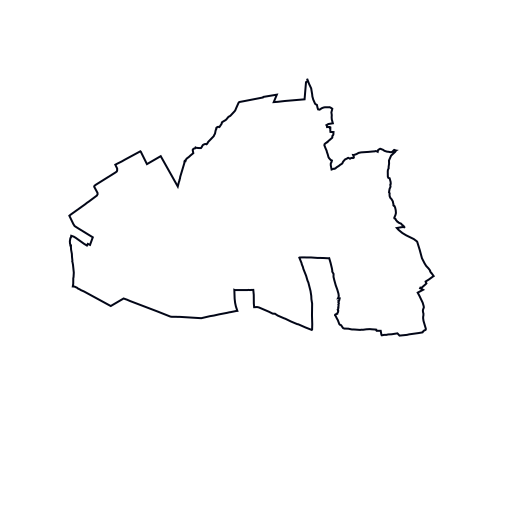 outline of Vanju Mare, Mehedinti, Romania, rotated 60°
{"feature_id": "2599482B43944319734249", "entity_name": "Vanju Mare", "entity_type": "district", "adm_level": 2, "iso_a3": "ROU", "parent_name": "Romania", "parent_adm1": "Mehedinti", "projection": "albers", "projection_center": [22.89, 44.417], "detail": "fine", "context": "isolated", "style": "outline", "palette": "ink", "viewbox_px": 512, "rotation_deg": 60, "n_neighbors": 0, "source": "geoboundaries", "source_scale": "gbopen_adm2", "svg_char_len": 6110}
<svg xmlns="http://www.w3.org/2000/svg" viewBox="0 0 512 512"><g transform="rotate(60 256 256)"><path d="M200.7,422.7L226.7,406.8L226.6,391.9L229.4,389.5L232.0,387.6L254.6,369.2L265.6,360.5L266.5,359.4L270.5,352.6L282.5,334.5L285.1,325.9L286.5,322.3L288.1,317.1L290.8,309.4L291.4,307.3L291.9,306.1L293.8,300.4L294.2,299.6L289.5,298.6L286.1,297.5L282.4,295.9L274.5,291.7L274.9,291.4L277.0,287.7L281.2,280.5L281.6,279.5L282.6,278.1L282.7,277.7L284.0,275.3L288.6,277.4L296.0,281.6L299.4,283.2L300.8,280.5L302.0,279.2L310.7,272.7L314.2,270.4L315.1,269.1L315.4,268.5L318.4,267.0L323.8,263.0L325.1,261.9L330.3,258.4L335.7,254.3L336.2,253.6L342.6,248.9L348.5,244.2L348.0,244.3L347.6,244.1L343.2,241.4L335.4,237.2L325.3,231.2L321.1,229.6L318.2,228.1L313.6,226.3L305.1,223.9L303.1,223.7L298.2,222.5L290.7,221.4L289.1,220.9L286.1,220.5L284.9,220.1L279.1,219.3L279.1,219.0L280.2,216.9L284.9,208.9L288.5,203.6L290.9,199.5L294.2,194.4L294.5,193.7L299.4,194.9L304.8,196.5L306.9,197.3L307.7,197.8L310.3,197.8L312.8,199.3L315.8,200.2L321.2,201.6L325.7,202.4L329.8,203.4L332.0,204.3L333.0,205.2L333.6,206.1L333.8,205.6L334.5,204.7L336.4,206.5L336.5,206.8L336.3,207.2L337.5,207.6L337.6,207.9L338.4,207.9L339.0,208.5L339.3,209.0L339.7,209.0L340.4,209.4L341.4,210.2L341.4,210.4L341.5,210.5L342.1,210.5L342.9,211.4L343.5,211.8L343.5,212.0L344.2,212.0L344.4,212.1L344.5,212.4L345.0,212.5L345.5,212.9L346.1,214.0L346.7,214.5L346.4,215.6L346.4,216.8L346.6,217.0L346.9,217.2L347.5,217.0L350.6,217.2L352.4,217.2L356.6,217.9L357.5,217.7L358.5,216.9L361.4,216.7L362.0,216.6L363.0,215.8L365.1,212.4L367.4,209.9L369.0,207.3L369.9,206.0L372.0,202.9L372.3,202.3L372.4,201.9L373.4,200.2L374.6,197.2L376.2,194.0L377.5,192.2L379.7,188.9L379.9,188.7L380.4,189.0L381.1,188.9L383.1,185.4L387.0,186.8L387.6,186.7L388.4,184.4L389.5,182.5L390.0,180.8L391.6,177.7L393.7,172.2L396.7,171.5L399.8,164.7L400.4,162.6L404.0,153.8L405.4,150.0L405.2,149.5L405.0,149.4L404.6,147.6L404.8,146.2L404.6,145.8L403.9,145.3L396.0,143.4L393.5,142.4L392.3,141.7L391.0,140.6L389.4,139.7L388.7,139.6L386.9,138.9L385.9,138.1L384.5,136.4L383.4,135.9L379.8,135.0L372.2,134.4L368.6,134.3L368.6,133.4L368.8,128.2L367.0,129.2L366.0,130.0L365.6,129.4L366.3,128.6L365.3,123.4L364.9,122.1L363.2,122.0L362.9,121.9L362.8,118.1L362.2,112.5L362.2,112.2L358.1,112.6L357.8,112.9L356.1,112.8L355.7,112.5L353.1,112.8L349.7,113.6L346.7,113.7L340.9,113.4L332.7,111.2L324.3,109.3L323.7,109.4L320.2,110.9L313.2,115.6L309.2,117.8L304.6,119.5L302.2,120.0L303.6,116.1L304.6,113.8L304.8,113.5L306.0,113.0L303.9,113.2L303.5,113.5L302.9,113.5L302.0,114.0L300.7,114.1L298.3,115.9L297.7,115.9L296.9,116.5L296.0,116.5L295.2,116.8L293.5,116.7L292.7,117.3L292.4,117.3L292.0,117.1L290.1,114.6L288.7,113.3L286.2,112.1L283.6,111.3L282.0,111.1L281.7,111.2L281.4,111.6L280.9,111.7L279.9,111.1L279.0,110.8L278.4,110.7L277.2,110.2L274.6,110.2L272.7,110.6L270.9,110.3L269.3,109.5L268.5,108.9L267.4,109.0L264.7,106.8L263.3,104.9L261.7,104.2L261.2,103.9L261.0,103.3L259.2,102.4L255.5,101.4L254.5,102.3L253.3,102.2L248.8,99.7L247.5,98.8L246.2,97.1L245.4,96.8L242.6,94.6L239.8,93.1L236.6,88.8L235.4,83.5L235.0,82.6L234.6,82.3L234.6,82.1L234.2,82.6L233.5,82.9L233.2,83.3L233.4,84.1L233.8,85.5L233.9,86.0L233.8,86.7L233.2,87.8L232.1,89.0L231.1,90.4L229.1,92.2L227.7,92.8L225.4,94.6L225.2,94.9L225.2,96.0L225.3,97.2L225.5,97.5L226.6,98.5L225.7,99.1L225.0,99.8L224.5,101.4L224.1,102.1L222.0,106.7L218.8,113.2L218.0,115.6L218.0,118.0L217.4,121.0L217.1,121.4L218.9,121.7L219.5,121.9L219.8,122.4L219.7,123.0L218.7,124.5L218.8,125.8L218.7,126.0L217.2,126.9L217.0,127.4L217.1,128.5L216.9,130.6L217.7,133.0L218.1,133.8L218.7,134.5L219.1,135.6L219.1,137.4L219.4,139.1L219.5,142.1L219.8,143.1L219.8,144.3L219.4,144.6L218.9,147.3L214.6,145.8L213.3,145.0L213.0,144.7L212.7,144.0L211.3,142.5L211.0,142.6L210.9,143.0L210.6,143.2L207.8,143.8L206.6,143.8L204.0,143.1L201.4,142.6L200.1,142.2L197.3,141.9L194.2,141.4L193.4,140.6L193.1,139.2L193.1,137.4L192.9,137.4L191.7,130.9L191.2,130.4L190.7,130.2L190.2,129.8L189.8,128.7L189.5,128.3L187.4,126.9L185.8,129.5L184.6,129.0L182.1,127.5L181.9,128.0L181.1,127.7L179.9,130.0L178.3,129.4L177.9,129.5L177.9,127.3L179.5,123.1L175.7,122.1L173.8,121.2L171.8,119.9L169.3,118.9L167.4,117.0L166.6,116.3L165.2,117.0L164.0,117.8L161.6,122.1L161.3,122.9L161.1,123.8L160.9,125.3L161.1,127.7L160.1,128.9L158.4,128.6L155.6,127.7L154.5,128.4L153.7,128.7L149.1,128.2L146.0,127.4L144.0,126.5L138.4,124.4L133.5,124.0L128.0,123.1L130.7,123.9L130.4,125.5L130.5,125.8L144.6,135.6L136.1,153.7L133.3,160.2L131.6,163.7L126.7,157.3L121.9,170.1L122.2,170.7L116.3,187.8L114.3,193.5L114.6,194.5L118.0,199.2L119.4,201.0L119.9,202.0L121.7,207.9L121.8,208.6L121.7,210.2L123.0,213.7L123.1,215.0L123.1,216.9L123.2,218.6L123.5,219.0L124.2,219.5L126.0,223.1L126.0,223.4L125.6,223.6L125.3,224.1L125.0,224.8L125.1,225.9L125.3,226.4L125.9,226.6L126.0,227.0L126.5,227.3L126.6,227.6L127.1,228.2L129.5,230.3L130.4,231.8L131.1,232.7L133.3,240.4L134.0,241.5L134.5,242.7L134.5,242.9L134.1,243.0L133.4,244.7L133.3,246.3L133.6,247.1L134.5,248.5L135.0,249.7L134.1,251.3L132.4,253.7L131.8,254.1L132.2,254.6L132.3,255.0L132.1,255.3L131.9,256.6L132.1,256.8L132.5,257.8L135.6,258.9L136.2,262.6L136.6,264.2L137.0,267.4L137.5,268.4L138.6,269.7L138.0,270.2L138.5,270.8L139.7,271.6L149.5,282.0L151.0,283.2L151.8,284.2L152.2,284.4L153.5,285.9L156.7,289.0L121.9,288.6L121.9,304.5L109.2,303.7L108.3,303.6L107.5,303.8L107.0,321.3L107.0,325.0L106.7,329.5L106.6,332.2L110.8,332.5L112.4,333.4L113.2,334.3L113.4,335.9L114.2,358.9L114.4,360.7L115.1,361.5L122.1,361.7L123.3,362.3L124.1,363.6L125.3,373.8L125.4,375.6L125.8,378.2L127.5,395.8L127.8,397.5L136.9,398.2L139.4,398.1L142.7,396.4L158.2,388.0L163.4,394.2L161.4,395.6L162.4,397.2L159.5,398.8L150.2,403.0L148.2,404.1L146.1,405.9L147.4,407.0L147.7,407.8L150.1,409.8L152.3,410.9L153.4,411.1L154.1,411.5L154.4,411.0L155.7,411.8L158.1,413.0L162.1,414.4L164.8,415.8L168.2,417.3L168.7,417.8L169.3,417.9L171.9,418.8L179.3,422.1L183.1,424.6L183.8,425.3L188.7,428.2L190.8,429.9L191.7,428.5L194.1,426.8L195.1,426.5L196.8,425.3L198.0,424.7L200.7,422.7Z" fill="none" stroke="#020617" stroke-width="2"/></g></svg>